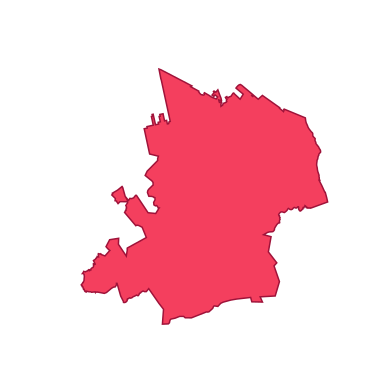 the district of Nombre de Dios, Durango, Mexico, rotated 251°
{"feature_id": "50627088B91815790044654", "entity_name": "Nombre de Dios", "entity_type": "district", "adm_level": 2, "iso_a3": "MEX", "parent_name": "Mexico", "parent_adm1": "Durango", "projection": "albers", "projection_center": [-104.207, 23.841], "detail": "fine", "context": "isolated", "style": "filled", "palette": "rose", "viewbox_px": 384, "rotation_deg": 251, "n_neighbors": 0, "source": "geoboundaries", "source_scale": "gbopen_adm2", "svg_char_len": 5955}
<svg xmlns="http://www.w3.org/2000/svg" viewBox="0 0 384 384"><g transform="rotate(251 192 192)"><path d="M319.0,200.8L309.1,199.4L307.7,199.4L265.8,194.4L265.9,193.3L264.2,192.1L264.4,190.9L268.0,191.3L268.2,189.2L275.4,190.1L275.8,186.8L274.0,186.6L274.1,185.5L268.7,184.9L268.9,182.7L267.1,182.5L267.5,179.4L278.2,180.6L278.3,179.5L276.5,179.3L276.6,178.2L267.8,177.1L268.5,170.7L267.0,170.5L267.4,167.4L241.7,164.3L236.8,171.9L234.5,170.2L233.2,170.0L232.6,169.1L226.3,156.4L222.9,153.1L217.4,156.5L215.8,157.6L213.7,158.3L211.2,157.5L211.1,157.0L208.6,151.8L207.5,150.5L206.0,149.7L202.0,149.8L201.0,152.4L199.8,154.1L199.2,154.2L198.7,155.1L196.8,154.6L195.1,152.9L194.8,152.4L192.2,151.8L190.8,152.9L190.7,154.2L188.4,154.9L187.6,155.8L187.2,154.7L186.5,154.4L183.5,150.7L186.7,143.7L206.9,138.4L207.2,137.6L205.9,135.5L205.5,135.1L205.4,132.9L206.2,131.1L205.0,129.7L204.7,128.9L204.8,128.6L205.5,128.3L205.7,128.0L206.2,128.1L206.3,128.6L208.0,128.0L207.8,127.8L208.5,127.6L209.7,127.4L218.1,127.9L218.6,127.9L218.7,127.6L218.9,127.6L218.8,127.9L219.7,127.8L219.7,127.4L219.9,127.4L218.0,122.2L216.8,116.3L216.1,116.5L215.3,115.2L210.8,117.4L208.8,116.4L208.0,117.7L207.2,117.7L205.1,118.3L206.3,120.8L203.8,127.9L202.8,127.6L200.8,125.0L199.1,125.2L198.5,124.8L198.2,124.9L198.1,124.6L196.7,123.9L196.5,123.6L196.2,123.7L196.0,123.4L195.9,123.0L195.6,122.5L195.0,122.2L194.6,121.6L178.4,127.9L178.6,128.6L178.5,129.3L177.7,130.7L174.9,133.4L163.8,134.0L160.1,112.6L159.2,112.1L158.9,112.3L152.8,109.0L166.5,105.4L172.1,107.6L173.7,98.6L168.3,92.9L165.8,93.9L163.8,95.0L163.5,95.3L159.9,88.9L162.2,86.1L163.3,85.6L163.1,85.1L163.4,84.7L164.2,83.4L163.8,83.1L161.2,82.5L161.5,82.2L161.4,81.9L161.6,81.6L161.4,81.6L161.4,81.0L161.2,80.9L161.2,80.5L160.5,79.9L160.5,79.5L159.9,78.8L159.3,76.5L155.3,77.0L155.2,76.6L155.2,76.3L156.2,75.6L156.2,75.3L156.0,75.2L155.0,75.4L154.4,74.8L153.6,74.6L152.9,73.8L152.7,72.2L152.3,71.5L151.9,71.4L151.6,71.0L151.2,70.9L151.3,70.6L150.9,69.5L151.1,69.2L152.0,69.6L152.2,69.3L152.1,68.8L151.4,67.3L151.5,66.3L151.2,65.4L152.2,63.7L151.8,63.5L151.6,63.3L150.6,61.9L150.5,62.3L149.6,63.0L148.8,63.1L147.9,62.8L147.1,62.7L145.0,61.7L143.4,61.1L142.3,59.9L141.9,59.8L141.8,59.1L141.4,58.9L140.3,57.0L140.1,57.0L139.6,57.2L139.3,57.5L139.1,57.3L138.2,57.4L138.2,57.7L137.9,57.9L137.1,57.9L135.5,57.7L135.3,57.8L135.1,58.4L133.8,58.2L133.2,58.5L132.9,58.4L132.2,58.9L131.9,59.5L132.6,59.8L131.1,62.3L130.7,63.6L129.9,64.4L129.2,67.6L128.6,67.8L129.0,68.0L128.2,69.5L128.2,70.0L124.7,76.1L124.8,78.4L127.1,84.4L127.6,86.6L127.3,88.6L129.0,90.5L130.2,90.8L130.0,91.4L116.8,90.7L110.9,91.5L110.3,91.4L110.2,91.3L109.7,91.5L109.4,92.4L109.4,93.5L110.1,95.0L111.0,95.7L111.7,95.8L112.0,96.5L111.8,97.3L112.1,97.8L112.3,98.4L111.6,99.4L111.6,100.8L112.1,102.1L112.3,104.5L112.6,106.0L111.6,107.0L111.5,107.4L112.2,108.5L113.1,109.1L113.3,109.4L113.3,110.4L114.0,111.6L114.2,112.9L114.3,113.5L113.2,114.7L112.7,116.4L114.7,119.6L97.4,124.5L90.4,126.9L76.7,121.0L75.0,126.7L75.7,128.1L77.6,129.2L78.3,129.9L78.7,130.8L78.2,134.8L78.4,139.8L77.1,143.6L75.3,144.6L73.2,150.5L73.9,166.5L73.4,167.7L73.2,169.0L75.2,173.7L76.6,174.9L77.1,175.9L75.4,179.2L77.4,182.9L77.7,185.6L77.2,193.4L76.3,199.1L73.2,213.1L68.7,212.8L65.0,222.8L70.7,222.3L66.6,236.8L78.8,245.5L95.4,245.5L97.4,249.1L110.5,244.7L124.0,252.2L128.3,245.8L129.2,250.3L129.0,252.8L128.7,253.3L128.2,255.5L128.7,256.7L129.4,257.6L130.7,258.2L131.3,258.8L133.6,261.6L134.3,263.0L134.5,263.7L134.3,264.6L134.4,264.9L135.2,264.9L135.7,265.2L136.0,265.2L136.9,265.7L137.5,266.4L138.8,266.4L139.1,266.9L141.1,266.6L141.3,266.9L141.7,266.6L142.3,266.5L142.6,266.7L143.6,268.0L144.1,269.3L144.1,269.9L143.8,270.9L142.9,272.0L142.5,272.7L142.9,274.1L143.6,275.7L145.1,277.6L145.1,277.9L144.1,278.6L143.5,279.1L143.0,280.1L143.1,281.4L143.8,282.5L144.1,283.5L144.0,283.9L143.2,284.7L142.9,285.6L143.0,286.1L143.5,287.0L143.5,287.5L143.4,287.8L143.1,287.9L141.4,287.3L140.8,287.3L139.3,287.6L139.1,288.0L138.8,288.1L138.7,288.4L138.9,288.7L138.9,289.1L139.2,289.5L139.2,289.8L139.9,290.9L139.9,291.3L140.2,291.3L140.6,291.7L141.0,292.0L140.6,292.4L140.6,292.6L141.2,292.9L141.5,294.0L142.3,294.4L141.8,294.8L141.2,295.0L140.3,294.9L140.2,295.2L140.2,295.5L139.5,295.6L139.6,296.1L139.0,296.4L139.0,297.1L138.7,297.4L138.5,298.3L138.2,298.5L138.2,298.9L138.3,299.3L138.1,299.5L138.4,317.0L142.7,317.5L148.4,317.9L148.7,317.5L156.0,316.8L161.5,316.0L161.0,317.2L161.6,316.6L162.3,316.4L164.1,317.0L165.8,317.2L166.4,317.6L170.5,317.6L172.6,317.9L173.7,318.2L176.9,318.6L179.3,319.6L179.7,319.9L181.2,320.5L182.3,321.6L184.7,322.9L185.4,323.8L186.2,324.1L186.6,324.5L187.2,325.4L187.6,326.4L188.7,326.9L189.9,327.0L191.9,326.5L193.3,326.4L197.6,324.9L198.7,325.3L199.5,325.1L201.0,325.1L202.2,325.8L202.8,325.7L204.4,324.9L205.6,324.5L208.1,325.2L208.8,325.1L210.1,324.4L212.7,323.5L214.0,323.1L215.6,322.8L217.2,322.8L220.3,322.5L222.3,322.7L225.2,323.3L240.4,306.1L240.1,305.6L239.6,305.8L238.2,304.7L242.7,302.0L243.1,302.4L260.4,290.0L258.2,284.8L263.2,281.8L262.5,280.6L263.7,279.8L264.5,281.1L276.8,273.7L278.0,272.6L277.9,271.0L277.5,270.0L276.3,267.8L275.9,267.4L267.8,272.3L264.1,267.7L271.1,264.0L272.0,263.7L272.0,262.9L269.8,260.0L269.8,258.0L269.3,256.6L270.4,256.1L270.9,256.0L270.6,254.4L269.2,254.6L268.0,255.1L267.7,254.5L266.7,254.1L266.2,254.3L265.7,253.5L265.6,251.6L265.6,250.3L264.2,249.3L263.6,247.3L265.0,247.7L266.7,248.6L266.9,249.1L267.7,249.2L267.8,247.1L270.4,247.2L268.7,249.3L268.8,249.7L269.5,249.8L271.4,250.0L274.9,249.8L280.2,249.7L278.6,247.0L280.3,245.7L279.9,245.0L279.0,245.6L277.1,242.5L275.3,243.8L276.3,245.4L273.5,247.2L272.1,245.2L274.4,242.4L276.4,240.5L277.1,240.2L281.8,236.1L281.4,235.5L281.1,235.4L280.6,235.6L280.0,235.3L279.9,234.8L279.9,234.1L280.1,233.8L280.6,233.4L281.0,232.4L282.6,231.5L284.6,230.9L285.1,231.3L292.0,225.0L292.4,226.4L317.7,202.4L319.0,200.8Z" fill="#f43f5e" stroke="#9f1239" stroke-width="1.5"/></g></svg>